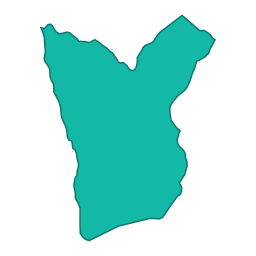 the district of Pontal, São Paulo, Brazil
{"feature_id": "56859067B44935232786988", "entity_name": "Pontal", "entity_type": "district", "adm_level": 2, "iso_a3": "BRA", "parent_name": "Brazil", "parent_adm1": "São Paulo", "projection": "equal_earth", "projection_center": [-48.065, -20.99], "detail": "fine", "context": "isolated", "style": "filled", "palette": "teal", "viewbox_px": 256, "rotation_deg": 0, "n_neighbors": 0, "source": "geoboundaries", "source_scale": "gbopen_adm2", "svg_char_len": 1881}
<svg xmlns="http://www.w3.org/2000/svg" viewBox="0 0 256 256"><path d="M215.0,39.8L212.9,38.4L210.7,35.2L207.5,32.7L205.7,31.3L203.6,30.4L199.9,30.7L182.0,15.4L164.3,29.0L160.3,31.9L158.1,34.5L155.5,37.9L153.8,41.3L151.3,43.0L149.1,43.9L145.0,45.6L143.0,47.6L141.4,51.1L139.4,54.0L137.4,57.6L137.2,63.1L135.9,67.9L134.0,70.3L131.8,70.5L129.4,69.4L127.0,65.9L123.2,62.5L120.5,63.0L118.3,62.0L117.0,59.4L114.9,56.5L112.6,53.0L109.7,51.2L106.5,47.9L102.7,45.4L97.5,41.3L95.2,39.8L92.7,40.6L90.8,42.2L88.3,42.4L85.3,41.6L82.4,41.5L78.9,41.2L76.1,37.9L72.6,35.5L69.5,32.7L66.7,32.1L62.2,33.4L58.9,33.7L56.1,31.8L53.6,28.1L52.2,25.4L50.3,24.2L48.1,24.6L44.6,28.4L41.0,27.8L42.8,32.1L44.4,37.8L44.6,41.9L44.9,46.5L45.4,51.2L44.2,58.5L44.9,61.5L47.4,64.7L49.7,68.9L49.9,74.3L50.3,77.3L51.4,80.5L53.4,83.8L53.8,87.1L53.7,91.5L56.8,97.6L58.9,101.4L60.7,108.1L61.3,115.3L61.9,118.3L65.5,126.0L66.8,130.2L67.4,137.2L68.9,140.1L71.8,141.1L72.3,144.7L72.9,148.5L75.0,149.9L76.5,153.6L77.0,157.8L77.5,160.5L78.5,163.5L78.3,167.6L77.2,170.6L76.9,175.1L75.0,178.5L73.8,185.5L74.6,189.4L75.4,193.5L75.3,197.7L76.4,200.1L78.2,203.2L80.1,208.0L80.0,224.4L80.1,227.5L80.3,233.6L82.6,236.7L85.3,239.3L89.2,240.6L118.2,226.2L148.8,218.6L151.8,218.4L155.9,218.7L159.3,218.9L162.4,217.5L164.5,214.6L177.5,196.0L179.5,195.3L181.5,191.7L181.7,187.4L179.3,183.0L180.9,180.6L182.7,177.6L184.6,174.9L185.9,170.2L187.1,166.2L186.9,161.3L185.5,158.1L185.5,155.3L184.7,152.2L182.7,149.6L179.0,145.9L177.7,143.2L177.1,139.5L178.3,136.2L178.8,133.5L180.1,130.8L177.7,128.7L175.7,126.7L173.0,122.8L171.0,120.4L170.6,117.1L170.0,112.8L169.7,109.3L170.4,105.8L172.4,102.4L177.3,96.4L179.8,94.3L182.8,92.0L185.5,89.4L187.5,86.3L189.5,82.2L190.7,78.8L191.9,74.5L194.4,68.9L196.6,61.3L200.5,59.5L204.6,57.2L208.7,53.3L210.2,48.6L211.7,46.3L213.2,43.4L215.0,39.8Z" fill="#14b8a6" stroke="#0f766e" stroke-width="1.5"/></svg>